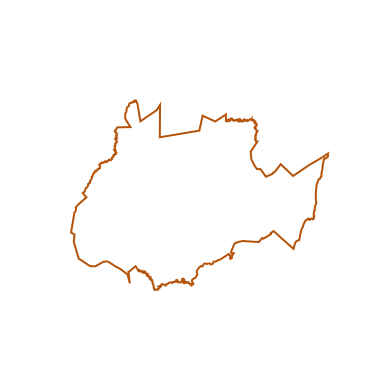 San Ignacio, Sinaloa, Mexico, rotated 231°
{"feature_id": "50627088B92995602725414", "entity_name": "San Ignacio", "entity_type": "district", "adm_level": 2, "iso_a3": "MEX", "parent_name": "Mexico", "parent_adm1": "Sinaloa", "projection": "equal_earth", "projection_center": [-106.307, 23.924], "detail": "fine", "context": "isolated", "style": "outline", "palette": "amber", "viewbox_px": 384, "rotation_deg": 231, "n_neighbors": 0, "source": "geoboundaries", "source_scale": "gbopen_adm2", "svg_char_len": 6109}
<svg xmlns="http://www.w3.org/2000/svg" viewBox="0 0 384 384"><g transform="rotate(231 192 192)"><path d="M160.1,86.2L169.9,92.3L169.7,92.7L169.8,101.4L165.1,100.9L165.0,101.4L164.5,101.1L164.6,101.6L163.8,101.3L163.3,101.7L163.1,102.3L162.8,102.1L162.6,102.4L162.2,102.3L161.6,103.1L160.8,102.9L160.6,103.4L161.1,103.9L160.3,104.0L159.7,105.5L159.1,105.1L158.9,104.3L158.2,105.3L156.7,104.6L156.3,105.6L155.9,104.7L155.0,104.3L154.2,105.0L154.2,105.5L153.7,105.3L152.8,105.5L152.4,105.0L152.0,105.4L151.6,105.1L151.4,105.2L151.4,105.9L150.9,105.5L150.7,104.6L149.8,104.8L149.1,105.5L148.8,104.8L147.4,105.2L145.8,103.8L144.6,103.8L143.4,103.0L142.4,102.8L141.9,102.1L140.8,101.6L139.2,101.5L139.3,102.3L138.4,102.9L138.2,103.6L137.9,103.8L137.9,104.2L137.5,104.4L138.1,105.2L138.0,106.4L139.8,106.4L139.0,107.9L138.2,108.1L138.1,108.5L138.5,109.1L139.2,109.2L139.4,110.4L139.0,111.1L135.9,112.6L136.3,113.2L136.5,114.1L135.9,114.9L136.0,116.8L135.3,118.5L133.8,119.3L134.1,120.8L132.9,121.6L132.9,122.7L133.5,123.9L133.0,125.1L132.3,125.1L131.1,123.9L130.3,124.6L130.1,125.5L129.0,126.0L128.7,126.4L129.1,128.1L130.6,129.7L130.4,130.2L130.0,130.8L129.0,130.9L128.3,130.6L127.3,128.4L126.4,128.1L125.7,129.0L126.7,130.2L126.5,130.6L126.6,131.1L125.8,130.1L125.6,130.7L125.2,130.5L124.2,131.3L124.5,131.9L124.2,132.4L123.7,132.1L121.7,132.8L121.3,132.3L120.6,132.6L121.0,133.5L120.9,133.7L119.7,133.1L119.7,134.0L120.0,134.4L119.8,135.3L122.8,135.7L123.5,136.5L123.7,138.7L123.1,140.8L123.9,142.2L124.3,144.0L126.9,145.3L127.8,146.3L128.8,150.0L128.9,151.3L128.6,152.7L127.6,153.3L128.6,156.2L128.1,157.3L126.7,158.3L126.2,159.6L125.2,160.8L123.6,161.2L123.2,163.3L124.2,164.7L124.2,165.1L123.2,166.4L122.7,168.4L122.7,169.5L122.0,170.7L121.4,174.2L120.8,181.3L120.1,181.8L119.7,181.3L119.0,181.3L118.0,182.2L117.1,180.4L116.2,179.7L115.6,180.4L115.6,181.0L115.8,181.8L116.6,181.8L116.9,182.1L118.2,185.9L119.6,184.3L120.9,184.7L124.9,192.0L125.2,193.2L123.8,197.0L121.9,200.7L111.1,212.3L112.0,217.7L110.8,218.1L109.6,226.9L110.6,227.5L110.2,230.8L83.9,235.1L87.0,239.4L87.8,241.0L88.0,241.8L87.7,244.2L87.1,245.0L92.4,251.3L94.3,254.2L95.3,256.5L96.5,258.0L98.2,261.7L98.4,262.9L98.0,265.7L97.7,266.1L97.1,266.4L96.8,266.3L96.6,265.7L96.3,265.9L96.5,266.5L96.3,267.9L94.7,268.6L95.1,269.9L94.9,270.1L95.5,270.4L95.4,270.8L95.8,271.5L96.3,271.8L96.4,271.4L96.8,271.5L99.4,273.7L99.6,274.6L100.4,275.2L100.6,276.2L101.3,276.4L103.9,279.2L104.9,281.6L107.2,282.8L112.5,286.8L118.9,293.0L120.0,294.7L120.8,296.3L121.9,297.9L122.2,299.2L121.8,299.8L122.6,301.6L122.7,302.5L124.7,304.0L128.8,309.0L129.6,309.4L131.3,311.3L134.3,315.1L134.6,316.6L133.8,317.2L133.9,319.6L134.6,320.7L135.3,320.7L136.3,321.9L137.1,313.9L139.3,299.6L140.8,280.7L157.8,278.4L156.3,272.5L155.5,268.0L156.1,266.9L155.5,265.7L157.3,259.1L166.7,259.6L169.0,256.9L172.2,257.1L179.8,258.6L186.4,263.0L190.0,274.4L190.6,273.5L191.5,274.1L192.2,273.7L192.7,274.3L193.4,274.3L193.8,275.6L194.6,275.5L195.2,276.5L195.9,276.6L196.1,277.2L196.0,277.8L197.0,278.3L198.0,281.0L198.5,280.4L199.8,281.2L200.5,281.0L201.2,281.3L201.7,281.0L201.9,281.3L202.6,281.1L203.2,282.0L202.6,282.6L202.7,283.7L202.9,284.1L203.5,284.2L204.1,285.0L204.9,284.5L205.2,284.7L205.8,284.0L206.1,284.2L206.1,284.8L206.8,284.6L207.0,285.3L207.9,284.6L208.3,285.3L208.6,285.1L209.1,285.3L209.7,284.9L209.5,284.5L210.1,283.8L211.0,284.4L210.8,284.0L210.9,283.4L212.1,282.9L212.0,281.3L212.6,281.6L212.1,280.9L212.4,279.7L213.4,280.0L213.6,279.3L213.2,279.0L213.4,278.6L214.4,278.2L215.1,278.4L214.8,277.6L214.8,276.5L215.3,276.0L215.3,276.8L215.8,276.9L215.9,275.6L215.6,275.4L216.5,275.1L216.1,274.9L216.4,274.6L216.3,274.2L217.1,273.1L217.5,274.1L217.3,274.6L217.9,274.5L218.2,275.0L218.5,275.0L218.7,273.2L219.0,273.4L219.0,274.1L219.6,273.6L219.5,272.1L220.4,271.3L220.1,270.9L220.6,269.7L221.4,269.9L222.0,269.4L222.1,268.8L222.6,268.7L223.8,269.3L224.5,268.6L224.5,268.1L224.1,267.7L223.8,267.1L224.6,267.1L224.8,266.8L224.4,266.7L224.3,266.3L224.8,266.3L224.5,265.8L225.1,265.7L225.5,264.9L225.3,264.6L224.8,264.6L225.5,264.1L225.1,263.9L225.2,263.3L225.7,263.0L230.9,267.1L232.2,254.4L244.6,248.3L235.1,236.3L254.8,201.4L279.8,222.0L277.8,215.9L279.4,196.4L294.6,205.0L298.0,206.0L298.6,206.0L299.0,205.2L298.4,204.4L298.9,204.3L298.8,203.3L299.0,203.1L299.3,203.2L299.3,202.5L298.9,201.9L299.9,200.8L299.8,200.3L300.1,199.4L299.8,198.2L298.7,197.3L298.4,196.5L298.7,195.1L298.3,194.2L295.5,191.3L294.9,189.4L291.0,186.2L281.2,185.0L289.1,174.8L289.1,173.9L288.2,172.3L288.3,170.7L287.3,170.0L286.4,170.1L286.0,170.6L284.7,170.2L284.6,169.8L284.1,169.8L283.9,169.2L283.6,169.4L282.8,168.6L282.9,168.2L282.5,167.9L282.5,167.3L282.1,167.1L281.8,165.9L281.0,166.5L281.0,165.7L280.8,165.6L280.5,166.6L280.1,165.7L278.8,165.5L278.4,165.0L278.1,165.0L277.8,163.7L278.2,163.4L278.1,163.1L277.4,162.3L276.9,162.2L276.6,160.8L275.2,160.6L273.8,157.9L273.3,158.0L272.8,158.9L272.2,158.6L271.8,157.9L271.2,158.1L270.7,157.2L269.9,157.8L269.7,157.5L269.4,156.6L269.5,155.7L270.1,154.4L269.4,154.1L269.4,153.3L268.9,152.9L269.1,152.6L269.2,151.8L268.8,151.0L268.0,150.7L267.7,149.1L268.3,148.8L268.6,148.1L269.3,148.1L269.2,146.6L268.8,146.0L269.3,145.1L269.0,144.5L269.5,144.0L270.2,144.3L270.6,143.6L270.7,143.1L270.3,141.7L270.8,141.4L270.9,140.8L271.7,140.5L271.3,139.6L271.8,138.9L271.6,137.1L270.1,137.0L269.5,136.5L269.4,135.9L268.5,135.3L268.8,134.4L268.6,133.9L269.1,133.0L268.5,132.6L268.7,131.1L268.5,130.3L269.0,130.1L268.5,129.7L268.8,129.4L268.7,128.7L268.5,128.3L268.7,127.7L268.0,127.2L268.1,126.5L267.8,125.7L267.0,124.8L266.8,123.6L266.4,123.5L265.5,122.6L264.9,120.1L264.4,119.9L264.3,119.3L264.0,119.3L263.7,118.2L263.2,118.1L263.6,116.3L262.8,115.7L262.1,114.7L261.9,113.2L261.6,112.9L261.8,112.2L261.6,111.2L259.9,109.0L259.9,106.4L254.3,106.6L253.9,96.2L253.3,92.4L253.1,91.8L251.9,91.3L250.7,90.0L250.2,88.8L250.3,88.1L250.1,87.8L236.6,72.5L232.8,73.9L227.6,68.7L211.6,62.1L198.9,66.0L197.1,67.6L195.4,69.6L195.0,70.7L193.6,78.9L192.2,81.5L190.4,83.1L182.7,85.6L177.1,87.9L168.4,90.0L160.1,86.2Z" fill="none" stroke="#b45309" stroke-width="2"/></g></svg>